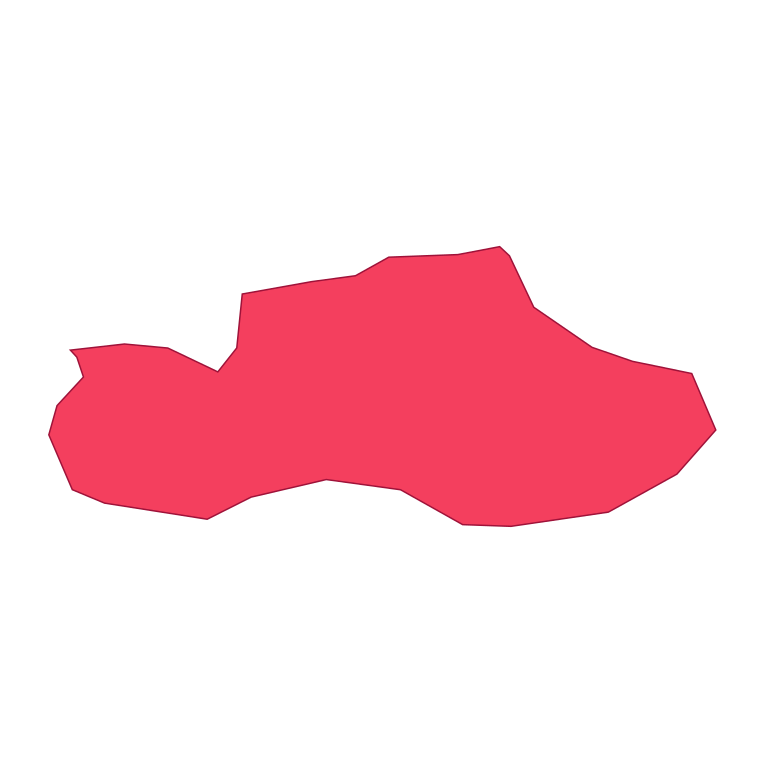 Båstad, Skåne, Sweden, rotated 182°
{"feature_id": "70781695B81213219414601", "entity_name": "Båstad", "entity_type": "district", "adm_level": 2, "iso_a3": "SWE", "parent_name": "Sweden", "parent_adm1": "Skåne", "projection": "equal_earth", "projection_center": [12.848, 56.404], "detail": "fine", "context": "isolated", "style": "filled", "palette": "rose", "viewbox_px": 768, "rotation_deg": 182, "n_neighbors": 0, "source": "geoboundaries", "source_scale": "gbopen_adm2", "svg_char_len": 552}
<svg xmlns="http://www.w3.org/2000/svg" viewBox="0 0 768 768"><g transform="rotate(182 384 384)"><path d="M698.6,406.9L691.9,400.1L684.6,380.5L710.0,351.0L717.2,321.5L691.8,267.5L659.1,255.2L556.0,242.7L512.9,266.3L438.4,286.5L363.8,278.9L300.5,246.2L252.1,246.2L155.3,263.8L88.1,304.2L50.8,349.6L76.8,405.2L136.4,415.3L177.4,427.9L237.0,465.9L263.1,516.5L273.2,525.3L314.7,515.9L383.7,510.9L416.3,491.2L459.8,483.8L528.8,469.0L532.4,414.9L550.5,390.3L601.3,412.4L644.8,414.9L698.6,406.9Z" fill="#f43f5e" stroke="#9f1239" stroke-width="1.5"/></g></svg>